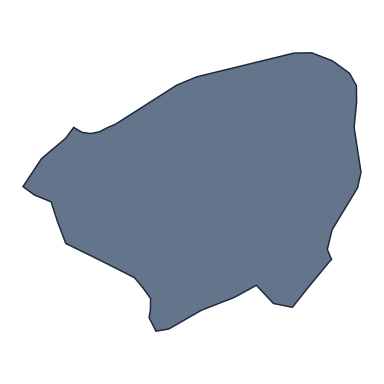 SVG path tracing the border of Şahbuz
{"feature_id": "AZE-2423", "entity_name": "Şahbuz", "entity_type": "District", "adm_level": 1, "iso_a3": "AZE", "parent_name": "Azerbaijan", "parent_adm1": "", "projection": "mercator", "projection_center": [45.594, 39.428], "detail": "fine", "context": "isolated", "style": "filled", "palette": "slate", "viewbox_px": 384, "rotation_deg": 0, "n_neighbors": 0, "source": "natural_earth", "source_scale": "10m", "svg_char_len": 662}
<svg xmlns="http://www.w3.org/2000/svg" viewBox="0 0 384 384"><path d="M73.7,127.4L73.8,127.5L82.0,132.3L90.5,133.6L99.1,131.9L107.6,127.6L115.6,124.1L176.6,85.2L196.8,76.8L289.7,54.1L294.0,53.1L311.6,52.8L332.5,60.9L349.6,73.3L356.4,85.7L356.6,102.3L354.1,127.3L361.0,172.2L357.6,187.7L332.1,229.8L327.3,249.4L331.6,259.5L331.4,259.7L330.4,260.5L308.3,287.3L292.4,307.3L273.5,303.5L256.4,285.3L234.5,297.3L201.3,310.3L168.8,329.0L156.0,331.2L149.1,317.7L150.4,309.9L150.6,298.5L143.2,288.2L134.5,277.7L99.9,260.2L65.8,243.5L57.7,222.2L51.1,201.8L34.7,195.2L23.0,186.6L41.5,158.6L65.8,138.1L73.7,127.4Z" fill="#64748b" stroke="#1e293b" stroke-width="1.5"/></svg>